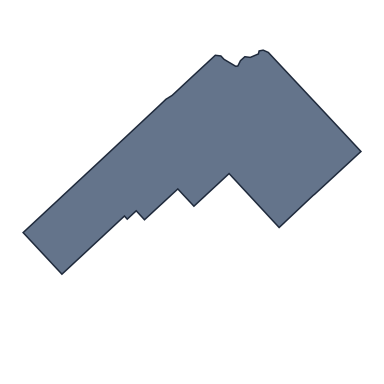 outline of Bonneville, Idaho, United States of America, rotated 317°
{"feature_id": "52423323B55916702614630", "entity_name": "Bonneville", "entity_type": "district", "adm_level": 2, "iso_a3": "USA", "parent_name": "United States of America", "parent_adm1": "Idaho", "projection": "mercator", "projection_center": [-111.357, 43.323], "detail": "fine", "context": "isolated", "style": "filled", "palette": "slate", "viewbox_px": 384, "rotation_deg": 317, "n_neighbors": 0, "source": "geoboundaries", "source_scale": "gbopen_adm2", "svg_char_len": 757}
<svg xmlns="http://www.w3.org/2000/svg" viewBox="0 0 384 384"><g transform="rotate(317 192 192)"><path d="M231.5,277.4L278.5,277.1L279.9,277.3L343.2,277.6L343.2,276.7L343.2,276.1L343.2,275.6L343.2,274.8L343.2,271.4L343.2,270.5L343.2,270.0L343.2,267.6L343.2,266.1L343.2,264.4L343.2,263.9L343.2,262.7L343.2,233.3L343.2,231.2L343.2,229.9L343.2,228.1L343.1,194.3L343.0,142.0L340.8,136.8L337.3,134.6L334.7,136.3L326.4,133.3L322.9,129.1L317.0,129.0L311.5,131.1L309.7,129.9L305.9,116.8L305.9,112.2L302.3,107.9L270.3,107.8L243.3,107.8L236.3,106.4L224.0,106.5L150.7,106.6L40.8,106.5L40.8,163.4L126.2,163.5L126.1,167.7L138.4,167.7L138.3,179.9L158.4,180.0L183.7,180.1L183.7,203.7L231.7,203.8L231.5,277.4Z" fill="#64748b" stroke="#1e293b" stroke-width="1.5"/></g></svg>